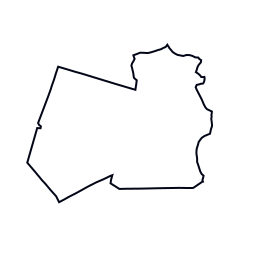 the district of Beygee, Sala ad-Din, Iraq, rotated 17°
{"feature_id": "34846034B92184872032162", "entity_name": "Beygee", "entity_type": "district", "adm_level": 2, "iso_a3": "IRQ", "parent_name": "Iraq", "parent_adm1": "Sala ad-Din", "projection": "mercator", "projection_center": [43.192, 34.889], "detail": "fine", "context": "isolated", "style": "outline", "palette": "ink", "viewbox_px": 256, "rotation_deg": 17, "n_neighbors": 0, "source": "geoboundaries", "source_scale": "gbopen_adm2", "svg_char_len": 2114}
<svg xmlns="http://www.w3.org/2000/svg" viewBox="0 0 256 256"><g transform="rotate(17 128 128)"><path d="M42.8,113.2L42.5,119.8L41.6,133.7L40.7,147.4L40.6,149.6L42.2,151.2L43.1,151.4L44.2,151.9L44.4,153.8L42.8,154.2L41.2,154.6L41.8,190.6L51.2,196.6L58.1,201.1L60.9,203.0L65.1,205.4L72.0,209.9L79.4,214.4L83.1,218.4L83.8,219.1L88.1,214.8L91.5,211.2L97.8,205.1L105.6,197.0L108.4,194.2L113.5,189.3L119.3,184.4L123.1,180.9L124.9,179.2L126.8,177.7L126.9,181.1L127.0,182.9L127.5,186.0L137.6,188.8L142.9,187.0L158.7,182.0L174.4,176.8L194.1,170.4L199.3,168.9L205.1,167.2L206.9,166.6L207.9,166.2L209.3,164.5L214.5,158.0L215.4,157.4L214.4,156.1L214.4,153.7L214.2,151.5L212.0,150.5L211.1,149.7L209.8,148.4L205.0,141.5L204.1,140.4L202.9,136.6L201.5,133.8L200.7,131.8L200.1,129.5L199.8,127.8L199.8,125.9L199.8,123.3L199.7,121.0L199.8,120.2L201.1,116.6L201.6,115.6L203.4,113.4L206.1,111.1L208.1,109.5L207.7,105.0L207.8,101.5L206.8,98.9L205.3,95.6L204.8,94.4L204.7,92.7L204.0,91.3L203.8,89.6L203.5,88.2L203.4,87.7L199.4,87.1L198.0,86.9L195.8,85.5L193.3,82.9L190.4,79.4L187.6,76.5L182.5,71.3L180.8,69.2L181.0,67.6L181.1,66.7L183.4,65.4L184.9,64.3L186.7,63.6L187.0,63.0L187.1,62.3L187.2,61.4L187.2,60.6L186.9,58.6L186.3,57.1L186.1,56.8L184.9,57.4L183.1,57.8L181.9,56.8L179.7,55.7L178.1,55.2L176.6,54.7L176.7,54.3L176.7,52.7L176.7,50.8L176.7,49.2L177.0,47.5L177.7,45.7L178.5,43.9L178.1,41.7L177.6,41.6L176.1,41.2L175.3,40.6L174.7,40.1L173.4,40.4L172.3,40.6L171.4,40.8L169.8,40.4L168.1,40.2L165.5,40.3L162.8,41.0L161.2,42.0L159.7,43.0L156.7,43.3L154.0,43.6L151.7,43.2L148.8,42.4L147.2,41.4L144.9,39.9L144.2,39.5L143.4,38.6L142.3,37.9L141.3,36.9L140.6,38.7L140.2,39.6L138.6,40.9L136.4,43.1L134.2,44.5L130.1,47.4L126.9,49.5L124.8,50.6L121.5,51.4L117.7,52.4L114.1,55.2L111.9,56.9L113.2,58.8L114.1,59.9L113.6,62.8L113.0,65.1L113.0,67.3L114.8,70.2L116.9,73.8L119.0,78.3L122.4,79.8L123.1,83.8L123.5,86.7L123.9,89.3L103.3,89.5L100.6,89.5L82.4,89.5L79.7,89.5L77.1,89.5L70.9,89.5L68.3,89.5L60.2,89.7L57.6,89.7L56.1,89.7L53.5,89.7L43.3,89.8L43.1,96.8L43.1,103.4L42.8,109.5L42.8,113.2Z" fill="none" stroke="#020617" stroke-width="2"/></g></svg>